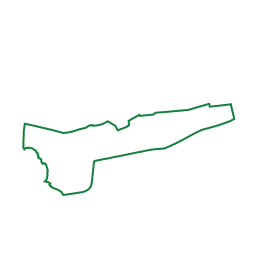 outline of Piltene, Ventspils, Latvia, rotated 338°
{"feature_id": "27541924B10340241308043", "entity_name": "Piltene", "entity_type": "district", "adm_level": 2, "iso_a3": "LVA", "parent_name": "Latvia", "parent_adm1": "Ventspils", "projection": "orthographic", "projection_center": [21.685, 57.226], "detail": "fine", "context": "isolated", "style": "outline", "palette": "green", "viewbox_px": 256, "rotation_deg": 338, "n_neighbors": 0, "source": "geoboundaries", "source_scale": "gbopen_adm2", "svg_char_len": 3076}
<svg xmlns="http://www.w3.org/2000/svg" viewBox="0 0 256 256"><g transform="rotate(338 128 128)"><path d="M160.8,160.5L162.0,160.4L165.5,160.2L168.2,160.0L173.3,159.5L174.6,159.4L177.2,159.1L179.2,158.9L181.7,158.6L186.9,158.0L191.0,157.7L193.8,157.5L195.5,157.5L196.5,157.5L198.0,157.6L200.5,158.0L205.9,158.6L211.4,159.2L213.2,159.4L224.1,159.8L225.2,159.8L225.6,159.8L229.9,159.4L230.0,158.5L230.6,155.2L232.1,144.9L232.3,144.6L211.8,138.9L212.3,136.0L190.6,133.8L167.2,126.7L159.4,124.2L157.4,124.7L156.3,125.1L155.3,124.7L143.6,121.2L143.3,120.0L142.9,120.1L142.7,120.1L136.4,120.9L131.3,121.6L130.4,124.3L129.9,125.9L127.6,126.2L127.2,126.5L117.8,126.3L117.7,126.3L117.4,123.8L117.0,121.2L111.9,114.4L111.7,114.2L109.0,114.5L105.3,114.8L105.1,114.8L100.6,114.1L96.4,112.8L96.0,112.5L95.5,112.3L95.8,111.9L93.7,111.3L93.3,111.2L89.0,111.9L87.9,111.9L82.8,111.0L75.9,110.6L69.9,109.5L66.2,108.4L63.9,106.7L58.1,102.3L57.8,102.0L57.4,101.7L57.1,101.5L54.9,100.0L52.2,98.1L51.8,97.8L49.5,96.2L47.4,94.7L34.6,85.8L33.9,85.4L33.7,85.8L30.5,91.3L30.2,91.7L29.2,94.2L28.3,96.4L26.9,99.3L25.3,102.8L25.1,103.8L24.8,104.6L24.7,104.8L24.2,105.4L23.9,105.8L23.8,106.2L23.9,106.7L23.8,106.9L23.7,108.3L23.9,109.0L24.1,109.2L24.3,109.0L24.7,108.6L24.9,108.4L25.1,108.4L25.7,108.4L26.1,108.4L26.9,108.4L27.1,108.7L27.2,108.9L27.4,109.0L27.7,109.1L27.9,109.0L28.2,109.0L28.7,109.1L29.2,109.4L29.5,109.5L29.7,110.0L30.6,110.4L30.8,110.4L31.0,110.5L31.3,110.7L31.7,111.1L32.1,111.7L32.4,112.3L32.7,112.7L32.9,113.2L33.3,113.5L33.5,113.8L33.8,114.1L34.1,114.6L34.2,114.9L34.2,115.1L34.3,115.2L34.1,115.7L33.9,116.0L33.9,116.3L34.1,116.8L34.4,117.2L34.5,117.3L34.5,117.6L34.6,117.8L34.8,117.8L34.8,118.0L34.6,118.1L34.2,118.7L34.6,119.8L34.4,120.0L34.3,120.7L33.9,120.9L34.1,121.4L33.8,121.9L33.8,122.6L34.2,122.8L34.9,123.2L35.2,123.5L35.7,124.6L35.7,124.9L35.7,125.3L35.1,126.3L35.0,127.0L35.2,127.4L35.1,128.4L35.4,129.1L35.5,129.1L36.2,128.9L36.7,129.1L36.9,129.6L37.9,129.8L38.1,130.0L38.2,130.8L38.1,131.5L38.2,132.3L38.1,133.5L38.0,134.0L38.1,134.5L37.7,136.7L37.5,137.3L37.5,137.9L36.8,138.8L36.3,139.2L36.2,139.6L36.1,140.5L35.7,141.7L35.4,142.0L35.0,142.5L34.7,143.2L34.4,143.7L34.3,144.3L34.0,144.6L33.3,144.8L32.9,145.1L32.6,145.7L32.2,145.9L31.5,146.2L31.0,146.3L30.8,146.4L32.5,147.5L33.9,148.4L35.2,150.3L34.7,150.7L34.4,150.8L34.2,150.8L33.9,151.0L34.0,151.4L34.1,152.3L34.5,153.2L34.8,153.2L34.9,153.8L35.1,154.2L35.5,154.8L36.7,156.0L38.3,157.5L39.7,158.9L41.9,161.7L42.1,162.0L42.8,165.0L43.0,165.9L47.7,167.0L49.1,167.4L57.1,169.3L61.8,170.4L64.7,170.6L67.2,170.3L68.5,170.0L70.6,169.0L71.2,168.6L72.4,167.4L73.6,165.6L74.0,164.9L75.3,162.8L75.9,161.6L77.0,159.4L77.7,158.1L78.2,157.2L78.9,155.8L79.0,155.6L79.1,155.4L83.4,147.4L83.9,146.5L84.5,146.3L84.9,146.1L85.5,146.2L96.5,148.3L96.6,148.5L100.0,149.0L104.1,149.7L107.4,150.4L118.0,152.4L118.6,152.5L122.9,153.3L126.3,153.9L130.5,154.7L132.3,155.1L132.7,155.2L135.0,155.5L137.0,155.9L139.4,156.4L141.9,156.9L145.7,158.0L145.8,158.0L154.0,160.6L160.8,160.5Z" fill="none" stroke="#15803d" stroke-width="2"/></g></svg>